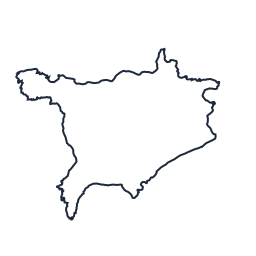 Futuna, Vanuatu, rotated 258°
{"feature_id": "77236927B67175476765241", "entity_name": "Futuna", "entity_type": "district", "adm_level": 2, "iso_a3": "VUT", "parent_name": "Vanuatu", "parent_adm1": "", "projection": "equal_earth", "projection_center": [170.22, -19.529], "detail": "fine", "context": "isolated", "style": "outline", "palette": "slate", "viewbox_px": 256, "rotation_deg": 258, "n_neighbors": 0, "source": "geoboundaries", "source_scale": "gbopen_adm2", "svg_char_len": 5735}
<svg xmlns="http://www.w3.org/2000/svg" viewBox="0 0 256 256"><g transform="rotate(258 128 128)"><path d="M150.7,225.5L152.2,225.8L153.4,226.6L154.1,226.6L154.2,226.0L153.6,225.3L153.6,224.9L154.4,224.2L155.4,223.9L156.5,222.7L158.9,218.6L159.0,216.3L159.3,215.1L159.0,214.6L159.1,213.5L159.5,212.3L159.6,211.2L159.3,209.2L158.9,208.3L159.1,208.1L160.1,208.8L161.1,208.3L160.9,207.3L159.6,206.3L159.7,205.7L160.2,205.0L161.5,204.5L161.9,203.9L161.9,202.3L161.6,200.5L162.6,201.0L162.9,200.8L162.7,199.4L162.8,198.7L163.1,196.6L163.5,195.7L164.9,195.3L165.4,196.1L166.1,196.2L166.7,195.5L166.6,194.2L166.1,193.4L166.0,190.5L166.5,189.4L167.2,188.7L168.1,188.0L169.7,188.1L170.6,188.3L171.0,189.0L171.5,189.0L172.3,188.7L172.8,188.0L173.5,187.9L174.6,189.2L178.6,187.5L179.1,188.2L180.4,188.6L181.0,189.1L183.0,189.4L183.5,189.0L184.0,187.8L184.8,186.6L185.6,184.0L185.3,183.3L184.5,183.2L184.3,183.0L184.2,181.1L184.3,180.4L184.7,179.5L185.7,179.3L186.5,178.3L188.8,178.3L189.6,178.9L190.0,179.0L193.6,178.8L195.4,179.2L197.2,180.1L197.8,180.1L197.8,179.3L197.2,178.7L197.8,177.4L197.7,176.5L195.7,175.2L194.8,173.9L191.1,172.7L190.1,171.7L188.0,170.3L187.3,169.4L183.6,169.8L182.7,169.3L180.2,169.3L179.6,168.9L178.0,166.7L177.6,165.4L176.8,163.9L176.9,162.6L178.2,160.5L179.1,157.1L179.6,155.9L179.7,153.4L177.8,150.6L178.0,149.0L180.0,146.2L181.4,144.5L182.2,142.8L182.9,142.0L183.5,140.2L183.8,137.7L184.7,136.1L184.8,135.4L184.7,134.5L183.8,131.6L182.0,127.8L180.8,126.2L179.5,125.3L177.2,122.3L177.4,120.6L178.0,120.0L179.3,117.5L179.7,115.9L179.7,114.4L179.9,113.6L179.7,111.3L178.6,109.2L178.6,107.8L179.0,104.0L180.9,99.6L181.2,98.3L181.1,97.5L180.5,96.6L180.2,95.7L180.1,93.3L180.5,91.8L181.5,89.8L182.1,86.7L184.6,85.2L186.5,85.8L187.5,84.4L189.9,77.8L192.9,75.6L193.2,74.7L193.1,72.4L194.2,71.4L194.1,70.9L193.9,70.8L191.3,70.8L190.5,70.4L188.4,65.6L188.3,64.7L188.7,64.1L188.9,62.6L189.3,61.8L190.3,60.8L192.3,60.0L194.1,61.1L193.7,60.1L193.7,59.2L194.1,58.4L194.5,58.3L195.3,59.9L196.1,59.9L197.0,58.0L198.5,56.6L198.7,55.8L199.5,55.5L198.8,54.2L198.9,52.9L199.8,52.6L200.7,53.1L201.0,52.7L200.5,51.9L200.7,50.2L202.9,51.6L204.5,51.0L204.9,50.3L205.2,48.6L205.1,45.1L205.6,43.2L205.5,41.7L205.7,41.1L205.1,37.8L205.7,35.2L205.2,32.1L204.9,31.6L204.6,32.8L204.3,32.8L203.2,30.7L201.3,29.4L200.6,29.5L198.2,31.4L197.5,31.3L196.9,30.2L195.2,30.0L194.9,30.2L195.1,31.1L196.1,32.4L196.3,33.9L195.5,33.5L194.9,33.5L194.0,34.4L193.2,33.5L192.0,32.9L191.0,31.8L190.1,31.2L189.1,31.1L189.0,31.3L189.1,32.2L188.9,32.3L187.1,31.4L184.7,31.1L184.6,32.0L184.2,32.5L183.2,32.6L182.7,32.9L181.8,34.9L180.3,35.5L179.7,36.6L176.6,35.8L176.5,37.6L176.1,38.2L176.4,39.3L175.3,39.9L175.9,41.3L175.2,41.6L175.0,42.0L175.0,44.1L175.2,45.1L175.5,45.3L176.7,45.3L176.8,45.7L176.2,46.1L175.2,47.9L175.2,48.3L175.8,49.1L176.0,49.7L175.4,50.3L175.4,51.5L175.1,53.5L175.2,55.0L174.8,55.8L174.3,56.2L174.5,57.7L174.2,58.2L173.8,58.5L171.5,58.5L170.8,58.8L170.0,58.2L169.3,57.3L167.7,56.9L167.5,57.2L167.7,58.9L166.9,62.1L167.0,63.4L166.6,63.9L165.6,64.6L162.5,65.9L158.8,65.7L157.5,66.9L156.3,67.1L156.0,67.3L155.8,68.2L155.1,68.8L152.7,68.2L150.6,66.7L147.2,65.9L146.5,65.1L145.7,64.6L143.4,64.6L141.2,64.9L139.3,64.0L136.9,63.9L132.0,65.0L125.9,65.2L124.7,66.1L123.6,66.6L122.9,67.7L122.1,68.2L120.0,69.3L118.5,69.7L117.2,69.8L115.9,69.4L113.9,69.4L111.6,69.9L110.2,70.7L108.4,70.9L105.7,70.6L99.8,63.6L98.6,61.5L93.6,59.1L92.8,57.3L91.9,56.2L91.7,54.6L90.5,53.7L90.3,52.3L89.8,51.6L89.1,51.6L88.4,52.5L87.9,52.4L87.5,51.9L86.7,51.8L86.3,51.2L86.0,48.9L85.6,48.2L85.5,46.4L85.0,46.4L84.6,47.3L83.4,47.9L83.1,48.8L82.1,48.5L82.0,49.0L82.5,49.8L82.4,50.4L81.9,51.0L80.6,50.6L80.3,51.7L79.8,51.6L79.5,51.3L79.3,50.2L76.9,49.9L74.4,48.2L73.7,48.2L73.0,48.6L73.0,49.0L73.3,49.8L73.1,50.8L72.3,51.0L72.1,50.5L72.1,48.2L71.8,47.9L71.2,48.0L70.9,48.4L70.7,49.8L70.8,50.7L68.3,50.5L68.1,51.7L67.6,52.3L67.3,53.3L66.0,52.4L64.1,52.4L63.5,51.6L62.7,51.0L60.7,50.3L56.1,50.7L54.9,50.5L53.5,50.9L52.7,51.7L51.7,51.9L51.7,53.0L52.2,53.9L52.2,54.2L50.8,53.3L50.3,53.4L50.3,54.3L50.8,55.0L52.2,55.7L53.1,56.9L56.0,57.9L56.1,58.4L55.6,59.0L55.7,59.3L57.1,59.5L59.0,60.4L59.7,61.0L61.2,61.2L62.4,61.9L64.3,62.2L66.0,63.7L68.2,64.5L70.5,66.7L71.6,68.4L72.5,69.2L73.2,71.1L74.8,71.1L76.0,72.7L77.2,73.4L78.0,74.6L78.5,76.5L79.3,77.1L79.8,78.1L80.7,82.3L80.1,86.2L78.9,88.6L78.6,89.6L78.0,90.5L77.7,92.4L76.9,93.7L76.6,95.6L76.0,96.5L76.0,98.7L75.7,101.9L74.7,104.8L74.1,109.5L73.7,110.1L72.1,110.0L68.3,111.6L66.8,112.9L65.5,114.8L63.3,116.6L61.5,117.5L58.8,118.0L58.3,119.4L58.4,120.2L59.7,122.0L59.9,122.8L60.6,123.5L62.4,124.2L62.7,125.1L63.0,125.3L64.0,125.1L64.7,124.3L65.3,124.3L65.6,124.6L64.7,127.9L64.8,129.0L65.2,129.5L67.3,130.3L69.3,129.0L70.2,128.9L71.2,129.5L72.0,130.8L72.0,131.8L71.7,133.1L70.6,134.0L70.2,134.7L70.5,135.1L72.2,135.7L72.5,138.1L74.6,140.0L74.8,141.1L74.5,141.6L74.6,142.2L76.1,144.7L78.2,146.7L79.5,146.9L80.6,148.6L81.4,150.2L82.5,151.9L83.8,155.3L84.2,157.1L85.9,159.7L87.9,167.2L89.9,171.9L90.5,174.1L91.2,178.9L91.6,180.1L93.3,188.5L93.6,191.8L94.0,194.7L94.4,195.6L94.4,196.3L94.2,196.5L96.9,201.2L98.7,208.9L99.5,211.0L100.8,211.8L103.6,212.2L104.1,210.7L104.8,210.1L106.9,209.2L110.6,208.6L113.9,206.4L115.3,206.1L117.4,207.3L121.0,208.2L122.9,208.0L123.6,208.3L125.7,212.6L126.9,214.3L127.8,214.8L130.7,214.4L131.9,215.9L132.9,216.1L133.5,217.8L134.2,218.2L134.5,218.0L133.9,215.9L134.2,215.8L134.6,216.1L135.0,217.3L135.6,217.4L135.8,215.9L135.5,215.0L135.6,213.9L136.1,213.2L138.5,211.1L138.9,209.8L143.3,207.7L144.0,207.6L146.6,209.1L147.5,210.0L148.8,210.7L149.2,211.3L149.8,216.1L149.4,216.7L149.1,218.5L148.1,220.4L147.9,222.8L148.4,223.5L150.0,223.9L150.7,225.5Z" fill="none" stroke="#1e293b" stroke-width="2"/></g></svg>